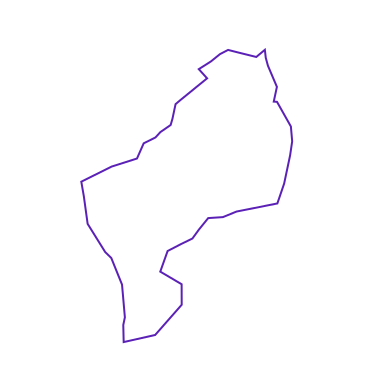 the district of Mo'nxxaan, Sühbaatar, Mongolia, rotated 150°
{"feature_id": "93677404B72955600082369", "entity_name": "Mo'nxxaan", "entity_type": "district", "adm_level": 2, "iso_a3": "MNG", "parent_name": "Mongolia", "parent_adm1": "Sühbaatar", "projection": "albers", "projection_center": [112.193, 47.167], "detail": "fine", "context": "isolated", "style": "outline", "palette": "violet", "viewbox_px": 384, "rotation_deg": 150, "n_neighbors": 0, "source": "geoboundaries", "source_scale": "gbopen_adm2", "svg_char_len": 726}
<svg xmlns="http://www.w3.org/2000/svg" viewBox="0 0 384 384"><g transform="rotate(150 192 192)"><path d="M123.8,139.4L108.0,153.2L88.7,174.7L79.9,185.8L73.6,199.3L73.3,227.6L76.0,229.4L65.9,240.6L63.1,263.4L61.0,271.4L57.8,278.7L68.8,276.8L81.7,289.2L89.7,297.0L98.9,297.4L110.4,295.6L124.7,295.0L122.1,282.9L155.6,277.5L162.3,276.3L172.3,265.2L177.0,260.7L189.4,259.7L196.4,257.5L209.5,258.3L222.9,248.5L248.9,254.2L282.7,256.3L287.8,242.4L298.3,216.6L297.2,183.4L294.9,175.2L298.9,146.8L312.8,117.0L318.0,111.2L326.2,96.2L295.4,86.6L257.3,99.5L247.1,117.3L259.3,138.9L242.6,153.1L227.6,152.4L214.9,151.5L204.8,156.0L191.0,161.3L177.8,154.8L163.2,152.8L123.8,139.4Z" fill="none" stroke="#5b21b6" stroke-width="2"/></g></svg>